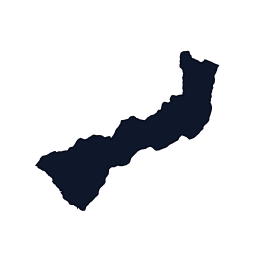 Guaraçaí, São Paulo, Brazil (Mercator projection), rotated 21°
{"feature_id": "56859067B61494615775920", "entity_name": "Guaraçaí", "entity_type": "district", "adm_level": 2, "iso_a3": "BRA", "parent_name": "Brazil", "parent_adm1": "São Paulo", "projection": "mercator", "projection_center": [-51.278, -21.071], "detail": "fine", "context": "isolated", "style": "filled", "palette": "ink", "viewbox_px": 256, "rotation_deg": 21, "n_neighbors": 0, "source": "geoboundaries", "source_scale": "gbopen_adm2", "svg_char_len": 4238}
<svg xmlns="http://www.w3.org/2000/svg" viewBox="0 0 256 256"><g transform="rotate(21 128 128)"><path d="M151.0,38.9L151.1,41.0L151.6,43.2L152.3,44.3L152.9,45.5L152.9,46.9L153.6,48.0L154.1,49.1L154.1,50.4L155.1,52.3L157.0,52.9L158.5,53.8L159.6,55.8L160.8,57.1L160.8,58.7L161.5,59.8L161.1,61.3L161.9,62.3L162.8,63.8L163.3,65.9L164.2,67.5L164.6,69.1L165.1,71.1L165.9,72.2L166.9,73.7L166.9,75.3L167.8,77.9L166.6,78.1L164.6,79.1L163.5,79.9L161.7,81.4L159.3,81.5L157.6,82.2L157.2,84.5L157.4,86.4L159.0,87.3L158.0,89.0L157.1,90.3L156.0,90.7L153.7,90.9L152.6,91.3L151.9,92.7L151.9,94.3L152.3,96.3L152.5,97.6L152.7,98.8L151.8,100.5L150.6,100.5L149.9,102.1L149.8,103.7L148.9,105.0L148.1,106.4L146.6,107.6L145.1,108.6L144.3,109.9L143.2,111.2L142.5,112.9L141.9,114.3L141.4,115.4L139.7,115.7L137.6,116.1L135.7,116.4L133.8,116.1L132.0,116.3L130.6,115.6L128.9,115.4L127.5,116.3L126.5,116.9L125.9,118.4L125.6,119.6L124.6,120.5L123.4,121.2L122.1,122.3L120.5,123.1L119.5,123.6L119.7,125.1L120.0,126.7L119.5,128.3L119.4,129.9L118.8,131.4L118.2,132.8L117.8,134.6L117.9,136.3L117.8,138.3L117.5,140.1L117.1,141.6L116.7,143.2L116.1,144.7L115.0,143.8L114.0,142.9L112.7,143.5L111.2,144.8L109.6,145.9L108.1,145.4L106.5,145.0L104.6,145.4L103.3,145.8L102.1,146.5L100.7,146.8L98.9,147.0L97.8,147.8L96.9,149.4L95.4,150.9L94.4,152.7L93.3,153.8L91.8,154.9L90.4,154.9L89.1,154.9L87.5,154.9L86.0,156.5L85.6,157.7L85.1,159.6L84.9,161.5L84.4,163.8L83.7,165.8L82.6,166.4L81.0,167.5L80.5,169.0L80.5,170.5L79.3,171.5L77.8,172.1L76.0,173.2L74.1,174.6L71.7,175.3L70.9,176.7L69.7,176.9L68.5,176.3L67.3,177.0L66.6,178.0L65.6,178.7L64.5,179.8L63.8,181.0L62.9,182.1L61.6,183.2L60.2,184.3L58.7,185.1L58.1,186.4L57.5,188.1L57.7,189.6L57.1,191.5L55.7,195.7L57.6,195.6L58.3,196.9L59.5,197.0L61.5,197.2L63.5,197.7L64.6,197.4L66.3,197.7L67.6,198.2L68.5,199.0L70.0,199.5L71.0,200.3L72.9,200.6L74.3,201.1L75.7,201.3L76.3,202.6L77.6,203.7L76.9,204.7L78.1,205.5L79.2,206.3L80.3,205.9L82.0,207.4L83.6,208.2L85.3,208.7L86.4,209.6L87.3,210.6L88.5,209.8L89.8,211.1L89.0,212.2L90.5,213.1L91.8,214.1L92.3,215.5L93.5,216.6L95.4,217.1L97.1,217.2L98.7,217.8L100.0,218.6L101.0,219.6L102.8,219.4L103.9,219.0L104.9,218.2L105.7,219.0L107.1,219.3L108.7,219.2L109.6,220.4L110.0,219.3L111.3,219.2L111.9,220.4L113.3,220.9L115.1,220.9L116.8,220.1L116.7,218.1L116.6,216.8L116.8,215.5L117.8,213.9L118.2,212.1L119.2,210.0L120.1,208.9L120.5,207.4L121.2,206.3L121.4,205.1L122.0,203.9L123.0,202.1L123.6,200.3L122.9,198.7L122.7,197.3L122.7,195.6L122.9,194.0L123.4,192.8L124.3,191.2L124.8,189.9L125.5,188.6L125.7,186.7L125.0,184.9L124.4,183.4L124.7,181.7L125.3,180.0L125.7,178.0L125.2,175.9L124.6,174.5L124.5,173.2L125.2,171.7L126.3,169.9L127.7,169.3L129.0,168.9L130.0,167.8L131.2,166.7L131.9,165.8L133.3,166.0L134.9,165.5L136.4,164.8L137.7,163.8L139.3,162.7L140.4,161.1L141.2,160.1L141.4,158.9L141.2,157.3L141.2,155.2L141.4,154.0L145.1,145.5L146.1,144.5L146.9,143.6L148.3,142.3L149.9,141.6L151.8,140.3L152.6,138.9L154.2,137.6L155.0,136.9L156.4,136.8L157.8,136.9L159.5,137.6L161.0,138.3L162.4,138.4L163.5,137.7L164.6,137.2L165.4,136.3L166.7,135.1L168.2,133.7L169.4,132.8L170.7,131.4L171.3,130.1L172.4,128.1L174.4,126.1L177.3,122.5L178.6,121.1L178.6,118.7L179.5,116.8L179.8,115.6L180.9,114.9L182.8,114.7L184.6,114.8L186.3,114.8L188.2,115.7L189.2,116.1L190.3,115.2L191.2,114.5L192.1,113.7L192.9,112.8L193.6,111.4L194.5,109.5L195.2,108.4L195.8,107.0L196.4,104.5L197.3,103.0L197.9,101.8L197.4,100.5L197.6,98.7L198.2,97.0L199.0,95.9L199.6,94.6L200.0,93.4L200.3,92.0L200.2,90.8L199.6,89.8L199.5,88.6L199.6,87.1L199.5,85.6L199.3,84.4L199.3,82.8L199.0,81.4L198.7,79.8L198.0,78.1L196.8,76.6L195.9,75.7L194.9,74.5L194.9,72.7L194.0,70.8L194.4,69.2L193.4,67.4L192.5,66.4L193.0,64.8L192.4,62.8L192.4,61.6L192.5,60.0L191.3,58.4L191.4,56.9L191.9,55.2L191.6,53.3L190.7,50.9L189.7,49.7L189.3,48.4L189.3,46.9L189.7,45.3L189.7,43.5L189.7,41.3L189.2,40.1L189.7,38.6L189.9,37.3L188.2,37.4L186.1,37.4L184.2,37.3L182.9,37.0L180.7,37.0L179.1,37.0L177.0,36.9L175.5,37.0L175.1,38.6L173.6,40.7L172.2,41.2L170.5,40.9L168.8,40.4L167.6,40.4L166.4,40.6L165.2,40.1L163.8,40.4L162.7,40.4L161.7,39.7L160.6,38.1L158.8,37.4L157.8,35.4L156.7,35.1L155.1,35.9L154.0,36.5L152.5,37.1L151.0,38.9Z" fill="#0f172a" stroke="#020617" stroke-width="1.5"/></g></svg>